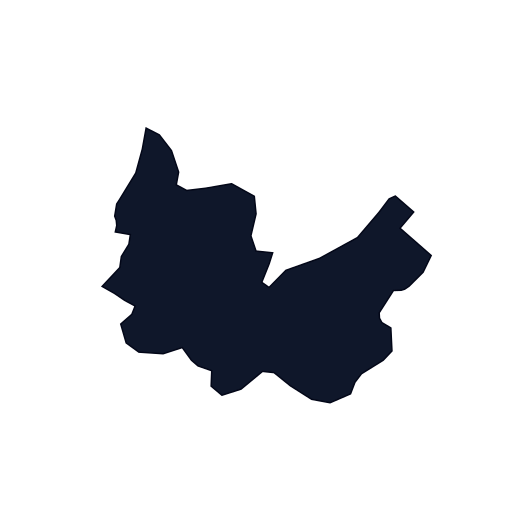 the Municipality of Tukums, rotated 327°
{"feature_id": "LVA-1092", "entity_name": "Tukums", "entity_type": "Municipality", "adm_level": 1, "iso_a3": "LVA", "parent_name": "Latvia", "parent_adm1": "", "projection": "natural_earth1", "projection_center": [23.127, 56.979], "detail": "fine", "context": "isolated", "style": "filled", "palette": "ink", "viewbox_px": 512, "rotation_deg": 327, "n_neighbors": 0, "source": "natural_earth", "source_scale": "10m", "svg_char_len": 1045}
<svg xmlns="http://www.w3.org/2000/svg" viewBox="0 0 512 512"><g transform="rotate(327 256 256)"><path d="M405.5,281.6L412.2,305.0L391.9,311.1L403.2,351.0L387.3,360.6L367.9,364.7L362.6,364.8L359.1,363.8L352.5,359.8L328.4,370.7L325.7,375.4L325.3,380.4L329.9,389.8L318.3,409.7L305.9,412.7L280.3,412.2L270.2,415.8L260.2,423.1L238.2,419.4L224.6,406.5L214.1,383.5L207.6,363.6L198.6,356.3L171.0,359.5L151.6,354.2L147.5,340.7L156.4,328.1L147.5,316.6L145.1,308.3L144.3,292.6L124.9,287.4L105.4,272.8L99.8,258.2L105.5,239.4L120.1,237.3L127.4,232.1L121.7,221.7L116.9,210.2L110.4,197.7L135.5,191.5L142.8,183.1L155.8,176.9L162.3,169.6L151.1,159.2L155.8,154.6L158.2,150.0L159.2,145.6L167.5,136.5L172.2,134.4L200.4,120.9L218.8,104.5L233.5,88.9L240.9,101.8L242.5,121.6L236.8,143.5L227.9,152.9L233.6,163.3L250.6,171.7L274.9,182.1L287.1,205.0L279.0,220.7L262.7,236.3L258.7,251.9L271.7,262.4L262.8,269.7L246.5,281.2L249.8,289.5L273.3,284.3L308.2,292.6L351.2,295.8L382.8,286.4L398.8,280.6L405.5,281.6Z" fill="#0f172a" stroke="#020617" stroke-width="1.5"/></g></svg>